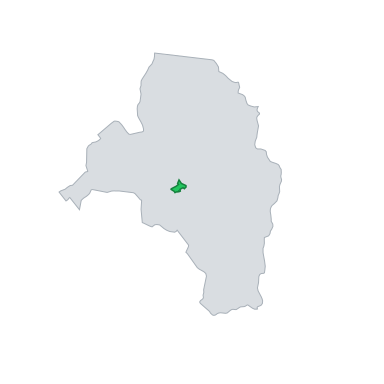 Leer, Unity, South Sudan (highlighted), rotated 232°
{"feature_id": "79223893B69853556807394", "entity_name": "Leer", "entity_type": "district", "adm_level": 2, "iso_a3": "SSD", "parent_name": "South Sudan", "parent_adm1": "Unity", "projection": "albers", "projection_center": [30.206, 8.187], "detail": "fine", "context": "in_parent", "style": "filled", "palette": "green", "viewbox_px": 384, "rotation_deg": 232, "n_neighbors": 0, "source": "geoboundaries", "source_scale": "gbopen_adm2", "svg_char_len": 3973}
<svg xmlns="http://www.w3.org/2000/svg" viewBox="0 0 384 384"><g transform="rotate(232 192 192)"><path d="M293.9,279.0L284.2,288.8L283.5,289.4L282.3,290.2L278.3,290.3L274.2,289.8L270.4,287.3L266.6,289.3L264.2,289.9L262.7,290.2L259.3,290.5L254.5,291.6L252.4,292.9L251.2,293.9L250.2,295.9L249.8,296.1L248.9,295.8L247.6,295.1L245.1,294.0L243.8,291.5L242.6,290.1L241.6,289.3L237.6,291.8L235.6,292.3L234.0,292.3L231.0,290.9L227.8,289.8L226.1,289.8L223.6,291.2L220.7,293.4L219.3,295.6L218.6,296.8L217.6,294.9L216.6,293.7L215.2,293.2L212.5,293.7L211.8,293.0L211.7,291.3L211.3,289.8L210.6,288.6L208.5,287.4L203.1,285.1L198.9,280.4L196.8,278.2L195.3,276.8L193.1,273.1L190.7,270.6L187.7,269.4L185.7,270.0L183.6,272.7L179.8,275.2L178.0,275.3L175.8,273.9L173.0,272.9L167.9,272.5L165.8,273.7L163.0,275.6L160.7,276.8L159.2,276.9L157.9,276.5L156.3,276.2L155.0,276.2L152.3,274.3L150.9,273.0L150.0,271.8L148.4,270.9L146.6,270.2L145.4,269.0L144.7,267.6L143.7,265.8L142.4,264.2L138.3,261.3L137.1,259.5L136.2,257.8L134.5,256.0L132.7,253.5L132.2,249.9L132.1,246.9L131.7,245.6L131.0,244.2L130.1,243.1L128.7,241.8L125.3,239.9L121.8,237.7L120.2,236.4L117.0,235.9L115.1,234.6L113.6,231.9L112.9,229.7L111.3,228.0L110.7,226.7L110.3,225.3L111.6,221.0L109.8,219.5L107.1,217.5L105.1,215.3L103.9,213.3L100.4,210.6L92.8,206.6L88.4,204.0L86.0,201.7L83.9,199.5L83.7,198.6L85.1,196.4L85.3,194.6L84.2,192.6L79.7,188.7L76.1,184.5L73.3,183.2L66.7,182.0L64.8,181.5L62.8,180.7L60.8,178.8L60.2,176.5L61.2,173.0L60.6,171.9L59.5,171.6L59.8,170.9L61.1,169.2L63.2,168.1L68.7,166.4L69.0,165.8L69.2,163.6L69.6,162.5L71.6,159.5L71.8,158.2L72.0,155.6L72.2,154.4L72.8,153.6L74.3,152.1L74.9,151.1L75.1,149.2L75.0,145.2L75.8,143.7L79.3,140.1L80.2,138.5L80.6,137.1L80.6,135.6L80.8,134.2L81.8,132.8L82.7,132.4L85.3,132.0L87.0,132.3L99.2,130.0L100.6,130.3L101.2,131.8L101.1,134.1L101.3,135.2L101.9,136.1L103.9,137.2L105.2,139.0L105.9,139.7L107.8,141.0L116.8,151.6L119.3,152.7L121.8,152.3L126.7,150.2L129.2,149.6L146.3,150.4L148.3,150.1L151.0,155.4L152.2,156.6L171.1,156.8L170.7,155.3L171.0,153.6L174.3,150.4L174.8,150.0L177.7,148.4L180.5,147.4L186.0,146.2L188.0,144.3L189.1,142.5L189.1,139.1L189.9,138.5L191.2,137.7L197.5,134.6L198.5,134.0L209.7,141.2L216.0,146.8L216.4,147.1L216.7,147.2L217.0,147.0L217.3,146.7L218.1,146.5L220.7,146.4L225.8,146.1L227.5,145.4L237.6,135.3L240.2,132.0L240.8,131.4L242.3,129.1L243.8,125.1L244.1,124.7L255.2,115.1L255.6,114.4L255.7,113.8L254.0,110.6L253.7,109.0L253.6,106.5L253.9,102.6L253.7,100.2L253.6,99.5L253.5,99.4L247.3,92.4L262.9,92.3L262.9,91.4L262.9,91.1L262.6,90.3L262.4,89.2L262.4,88.6L262.5,88.0L262.5,87.7L262.5,87.4L262.5,87.2L273.8,87.2L273.7,89.2L272.3,93.8L272.4,96.6L272.1,99.8L271.7,100.7L271.1,101.5L270.9,101.9L270.9,102.2L273.4,120.0L273.2,120.7L272.6,121.9L272.4,122.2L272.4,122.5L272.7,122.7L277.9,124.6L278.1,124.7L278.3,124.9L280.2,127.1L290.5,135.5L290.9,135.9L292.0,138.5L292.1,138.9L292.1,139.6L292.1,140.1L291.9,141.7L292.0,142.4L292.1,142.8L292.3,143.4L292.3,143.6L292.2,144.0L290.7,147.0L290.2,149.2L290.1,151.1L290.2,152.1L290.4,152.8L290.5,153.1L295.1,153.1L295.1,154.1L295.8,170.2L295.8,172.0L295.7,174.3L295.2,175.1L293.9,176.4L292.4,177.6L288.4,178.0L285.0,177.9L282.7,177.7L279.4,177.6L276.4,177.9L275.3,178.9L271.3,187.5L270.1,189.6L269.8,190.9L270.2,191.6L271.7,192.7L275.2,194.2L279.2,195.0L282.1,195.4L284.2,195.8L285.7,196.2L291.4,200.1L293.2,201.8L294.2,203.4L294.5,205.1L295.3,206.8L300.5,212.1L305.4,214.6L307.3,217.4L309.1,218.8L310.8,220.3L311.8,222.5L314.0,228.9L315.4,232.2L316.9,235.0L317.6,239.4L318.8,241.4L320.0,243.8L322.0,246.0L324.1,247.7L324.5,248.1L303.5,269.3L293.9,279.0Z" fill="#d9dde1" stroke="#a8b0b8" stroke-width="1"/><path d="M209.5,189.2L207.6,185.9L206.3,186.0L206.3,183.0L207.3,177.6L206.9,177.1L203.4,178.4L202.0,178.2L201.5,180.3L200.7,180.9L201.0,182.0L200.2,182.1L199.9,183.3L201.5,184.2L200.9,187.6L199.3,188.0L199.6,190.4L200.8,191.2L205.3,188.9L209.5,189.2Z" fill="#22c55e" stroke="#15803d" stroke-width="1.5"/></g></svg>